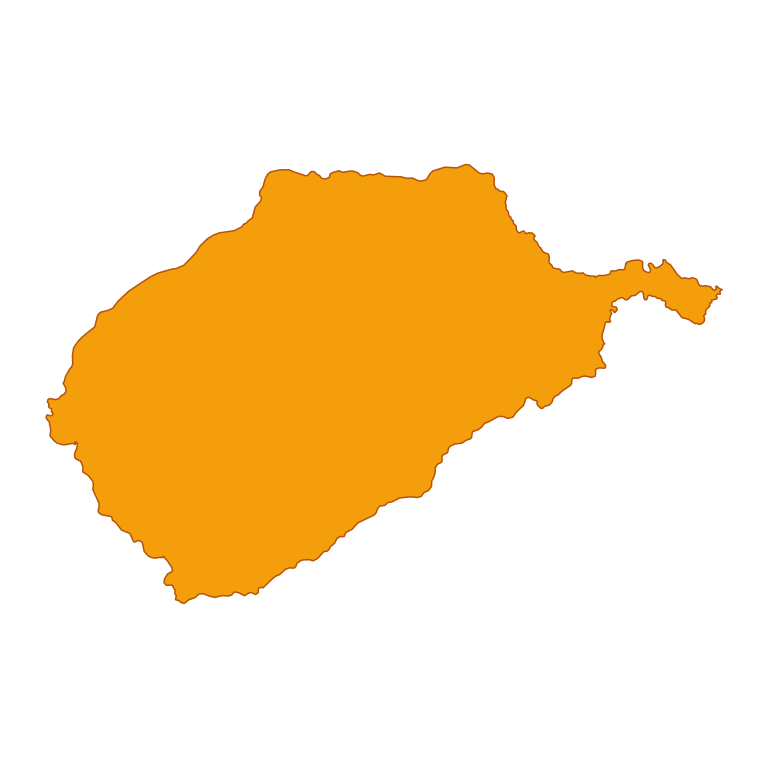 Muidumbe, Cabo Delgado, Mozambique
{"feature_id": "85939544B92892346973749", "entity_name": "Muidumbe", "entity_type": "district", "adm_level": 2, "iso_a3": "MOZ", "parent_name": "Mozambique", "parent_adm1": "Cabo Delgado", "projection": "albers", "projection_center": [39.887, -11.854], "detail": "fine", "context": "isolated", "style": "filled", "palette": "amber", "viewbox_px": 768, "rotation_deg": 0, "n_neighbors": 0, "source": "geoboundaries", "source_scale": "gbopen_adm2", "svg_char_len": 6065}
<svg xmlns="http://www.w3.org/2000/svg" viewBox="0 0 768 768"><path d="M721.9,289.6L719.2,288.4L716.9,286.2L715.8,286.5L716.2,289.0L714.7,290.3L713.6,290.0L710.3,286.7L705.0,285.7L702.9,286.2L700.4,285.8L698.8,284.6L696.7,279.4L694.0,278.1L691.9,277.8L689.3,278.8L684.9,277.9L681.4,278.4L677.2,274.2L670.5,264.9L666.7,262.5L665.2,260.0L663.8,259.7L663.0,259.9L663.2,262.7L662.6,264.0L660.0,266.3L657.2,267.7L655.0,267.7L652.4,264.3L650.8,263.2L648.9,263.6L648.3,265.3L650.5,269.3L650.2,271.6L649.0,272.5L647.4,272.4L643.9,270.7L642.5,267.4L642.8,262.9L642.2,261.4L639.1,260.1L636.2,260.1L631.5,260.7L627.1,262.1L625.8,263.3L624.9,268.9L623.6,269.7L618.5,269.7L615.6,271.1L612.0,270.8L610.8,271.3L610.2,273.5L608.9,274.5L603.3,275.6L598.9,275.4L595.4,277.3L594.8,276.1L591.6,276.2L585.6,275.1L582.8,272.7L580.8,273.3L576.3,273.1L572.5,270.9L563.6,272.5L561.7,271.5L559.7,269.2L553.6,268.1L552.7,267.4L551.7,265.0L549.0,262.8L549.2,256.3L548.1,253.9L543.8,252.4L542.0,250.5L541.0,248.3L538.8,246.3L537.1,242.4L534.2,239.7L533.7,237.9L535.0,236.4L534.7,235.3L532.1,233.0L528.4,232.8L526.9,233.5L525.6,233.4L524.0,231.1L522.6,231.2L519.1,233.0L517.3,231.4L516.4,229.6L516.2,226.1L513.4,223.3L513.1,220.7L511.3,219.2L510.6,216.9L508.8,215.8L508.3,212.0L506.2,209.1L506.1,205.3L505.2,202.6L506.9,195.9L504.5,192.4L503.3,191.5L499.7,191.2L497.8,189.2L496.3,189.0L495.6,188.1L494.1,185.1L494.3,177.8L492.3,174.2L488.0,173.0L482.3,173.8L479.3,173.1L469.2,164.9L465.4,164.6L456.9,167.9L445.0,167.2L435.0,170.2L432.8,171.0L430.1,173.6L426.4,179.6L421.0,181.2L418.0,180.7L412.6,178.1L405.8,178.2L401.6,176.9L385.1,176.2L379.6,173.0L373.5,174.9L369.8,174.4L362.8,176.1L360.5,175.3L357.7,172.7L353.1,171.1L349.6,171.1L342.6,172.4L339.2,170.8L333.5,172.2L330.2,173.9L329.3,177.3L326.6,178.6L323.5,179.0L321.4,178.1L319.4,175.4L317.0,174.6L315.2,172.3L313.5,171.5L310.9,171.7L307.9,175.3L305.9,175.8L294.3,172.1L288.9,169.8L280.0,169.8L270.4,172.0L267.4,174.5L265.1,179.2L263.0,186.9L259.9,191.1L259.5,194.9L261.4,197.6L260.7,201.1L255.3,206.9L252.3,217.9L247.6,221.4L247.0,222.6L243.5,224.4L241.9,226.8L234.6,230.6L219.2,232.9L213.4,235.1L207.6,238.6L200.1,245.9L197.1,251.0L194.1,254.7L183.7,265.4L176.1,268.6L171.6,269.2L158.1,273.0L150.4,276.8L128.8,291.1L118.6,300.7L113.9,306.5L113.4,307.9L108.2,310.3L100.9,312.1L99.0,313.6L97.4,316.2L94.8,326.9L85.6,334.1L79.2,340.0L75.5,344.8L73.5,348.4L72.4,355.9L72.8,363.6L71.7,366.8L69.8,368.9L65.7,376.1L63.8,382.6L63.1,383.1L65.9,388.2L66.0,391.7L64.1,394.1L61.1,395.8L58.6,398.8L55.4,399.6L49.8,398.5L47.9,399.7L47.4,402.1L48.9,403.7L48.6,406.6L49.3,407.7L51.6,409.1L51.5,412.1L52.7,412.9L53.1,414.4L50.9,415.9L47.5,414.9L46.7,415.6L46.1,417.3L46.7,418.9L49.6,422.5L49.5,424.5L50.1,425.6L50.8,430.6L50.0,434.9L50.3,436.3L54.9,441.5L57.3,443.1L62.4,444.7L64.7,444.8L72.4,443.4L75.2,444.4L75.6,443.7L74.9,442.8L75.1,442.2L76.2,442.0L77.4,443.5L77.1,447.2L74.6,453.7L74.7,457.3L76.4,459.3L80.7,461.2L83.0,467.0L82.8,471.9L88.3,475.5L92.8,481.2L93.4,484.8L92.7,489.3L99.0,503.2L99.1,506.7L98.1,510.8L99.0,512.9L101.8,514.8L111.1,516.6L112.0,517.7L112.4,520.2L116.1,522.8L121.5,530.0L129.9,533.5L133.6,541.7L135.1,542.0L137.7,540.6L138.9,540.6L141.5,541.8L142.4,542.8L144.1,551.2L147.6,555.3L149.9,556.9L154.4,558.2L160.5,557.3L161.5,557.7L163.2,557.2L163.3,556.6L167.4,560.8L171.8,567.5L172.6,570.5L170.4,572.5L167.5,574.0L164.4,579.2L164.1,582.7L165.6,584.7L167.0,585.3L171.7,585.1L173.0,586.2L173.5,588.0L175.0,589.9L174.9,593.9L176.3,595.4L175.5,599.6L178.7,600.6L181.4,602.6L184.2,603.4L189.1,599.6L194.7,597.8L199.2,593.9L203.6,593.8L208.8,595.9L214.9,597.4L222.0,595.6L228.7,596.0L231.8,594.9L233.9,592.3L235.3,592.0L239.5,593.0L243.8,595.5L245.2,595.4L248.4,593.2L251.3,592.5L255.6,594.5L258.2,592.6L258.4,588.8L259.0,587.9L261.1,587.3L263.1,587.8L272.6,578.5L276.1,576.0L279.5,574.6L285.2,569.5L289.2,567.9L294.1,568.1L295.7,566.7L296.9,563.4L300.6,560.6L303.5,559.9L309.6,559.7L313.1,560.8L317.6,558.5L323.8,551.6L326.9,551.2L328.7,549.9L330.5,546.5L334.6,543.2L336.9,538.5L339.9,536.7L344.1,536.5L346.0,532.4L351.9,529.4L358.0,522.8L374.2,515.0L376.2,512.6L377.7,508.3L379.7,506.1L385.0,505.3L387.6,502.7L392.3,501.7L399.5,498.0L410.2,496.8L417.3,497.5L421.4,496.2L423.7,492.8L428.6,490.4L430.8,487.4L431.5,485.9L431.8,480.8L433.8,477.1L435.0,473.5L435.3,468.0L436.8,465.1L438.3,463.8L441.2,462.4L442.2,460.8L441.9,456.4L442.7,455.1L446.8,453.1L447.8,452.0L448.3,449.2L449.6,446.7L454.1,444.2L462.1,443.0L466.4,440.1L470.3,438.9L471.6,437.5L472.2,432.6L473.0,431.4L477.8,429.9L481.6,427.1L484.5,423.4L489.1,421.6L498.5,416.4L503.4,416.5L507.6,418.4L512.8,417.2L516.6,411.9L523.7,405.1L525.7,398.9L527.4,397.4L530.1,397.7L533.4,399.9L536.9,400.9L537.3,401.8L536.9,403.8L538.0,405.8L541.0,408.4L542.7,408.2L544.6,406.3L549.5,405.0L552.1,402.0L553.1,398.6L555.3,396.2L558.4,394.7L561.6,391.4L570.8,385.1L571.7,383.1L571.7,379.9L573.1,378.1L578.6,378.2L580.9,376.8L585.1,376.0L591.4,377.4L595.0,376.4L595.7,373.4L595.4,371.0L596.2,368.8L599.3,367.9L604.6,368.2L605.5,367.5L605.6,365.2L602.3,361.1L601.2,357.2L599.1,354.0L598.7,352.1L601.8,348.9L602.9,346.6L602.9,345.1L604.6,343.8L603.9,343.2L602.4,339.4L602.0,336.9L602.5,333.2L604.1,328.6L605.1,323.2L606.4,322.0L609.8,322.1L610.5,321.6L609.5,318.5L611.6,313.4L610.1,310.3L610.6,309.8L612.4,310.0L614.2,312.3L615.0,312.4L617.2,309.8L616.4,307.3L612.0,306.1L611.8,303.3L612.9,301.7L615.0,301.1L618.0,298.8L621.3,297.7L623.1,298.0L625.4,299.8L627.5,299.6L631.6,295.8L635.1,295.5L639.5,291.8L641.6,291.3L643.2,293.0L644.0,298.4L644.9,299.7L646.7,299.6L647.9,295.8L649.9,295.2L652.2,296.4L655.1,296.5L657.3,298.3L660.5,298.6L662.2,300.4L664.8,301.0L665.7,301.8L665.4,305.5L666.3,307.2L668.1,307.5L671.8,310.0L675.9,310.1L682.0,317.6L688.4,319.3L695.3,323.7L697.3,323.4L699.1,324.4L701.7,323.8L704.1,321.5L704.6,318.8L703.7,315.7L705.7,314.0L705.5,312.0L706.1,309.8L709.8,306.0L709.7,303.1L711.6,302.7L711.9,300.1L716.8,298.9L717.1,297.3L716.1,296.1L716.2,295.3L717.9,293.9L719.9,294.2L720.4,293.8L719.8,291.5L721.9,289.6Z" fill="#f59e0b" stroke="#b45309" stroke-width="1.5"/></svg>